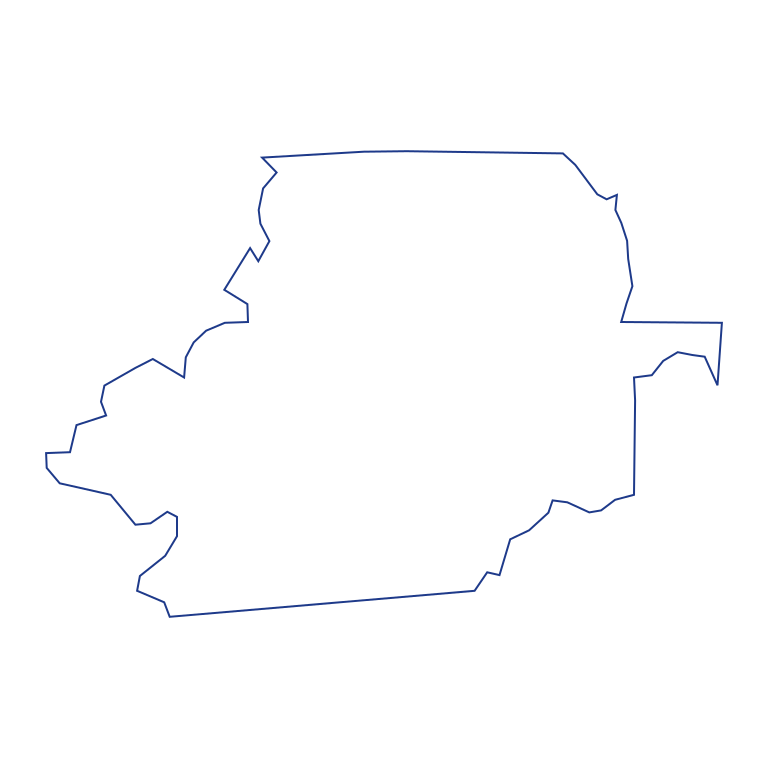 Fagundes Varela, Rio Grande do Sul, Brazil
{"feature_id": "56859067B34338588970082", "entity_name": "Fagundes Varela", "entity_type": "district", "adm_level": 2, "iso_a3": "BRA", "parent_name": "Brazil", "parent_adm1": "Rio Grande do Sul", "projection": "equal_earth", "projection_center": [-51.72, -28.886], "detail": "fine", "context": "isolated", "style": "outline", "palette": "blue", "viewbox_px": 768, "rotation_deg": 0, "n_neighbors": 0, "source": "geoboundaries", "source_scale": "gbopen_adm2", "svg_char_len": 998}
<svg xmlns="http://www.w3.org/2000/svg" viewBox="0 0 768 768"><path d="M474.6,590.8L487.2,572.3L499.5,575.1L510.2,539.3L529.1,530.3L548.4,512.7L552.6,500.4L567.3,502.3L589.3,512.4L601.1,510.4L615.1,499.8L634.0,494.8L635.1,400.4L634.0,377.5L651.8,375.2L663.2,360.9L677.7,352.2L692.3,355.0L704.7,356.7L717.5,385.3L721.9,322.8L621.2,322.0L626.5,303.5L632.4,286.2L628.2,259.0L627.1,240.8L621.3,222.9L615.4,210.0L616.9,194.9L606.6,199.3L597.3,194.3L575.3,164.9L562.9,153.4L406.8,151.2L363.8,151.7L262.1,157.6L276.6,172.5L263.1,188.4L258.7,210.0L260.4,223.7L269.4,241.1L258.3,261.2L250.1,248.1L224.3,289.8L247.4,304.1L248.0,322.0L224.8,322.8L206.1,330.7L193.7,342.4L185.8,357.3L184.1,377.5L152.8,359.0L135.4,367.9L104.4,385.6L101.0,401.8L106.1,415.5L76.5,425.1L70.0,452.2L46.1,453.1L46.7,467.9L59.7,483.3L110.7,494.8L135.4,524.7L150.5,523.3L167.3,511.8L177.0,516.9L177.0,536.2L165.2,555.8L139.9,576.0L137.1,590.8L164.2,602.3L169.7,616.8L474.6,590.8Z" fill="none" stroke="#1e3a8a" stroke-width="2"/></svg>